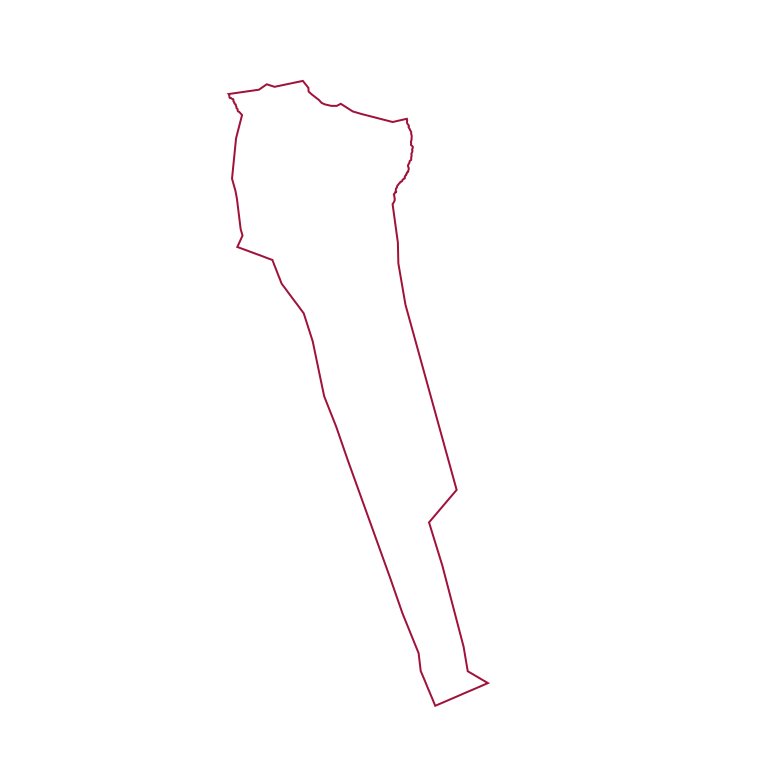 Cogt, Govi-Altay, Mongolia, rotated 343°
{"feature_id": "93677404B32157357652115", "entity_name": "Cogt", "entity_type": "district", "adm_level": 2, "iso_a3": "MNG", "parent_name": "Mongolia", "parent_adm1": "Govi-Altay", "projection": "orthographic", "projection_center": [96.826, 44.224], "detail": "fine", "context": "isolated", "style": "outline", "palette": "rose", "viewbox_px": 768, "rotation_deg": 343, "n_neighbors": 0, "source": "geoboundaries", "source_scale": "gbopen_adm2", "svg_char_len": 3633}
<svg xmlns="http://www.w3.org/2000/svg" viewBox="0 0 768 768"><g transform="rotate(343 384 384)"><path d="M335.2,669.2L335.2,669.3L336.1,677.7L336.7,684.0L337.1,688.5L337.4,690.9L337.6,693.1L338.2,699.1L338.9,706.7L339.0,706.7L344.6,706.1L345.7,706.0L352.7,705.2L361.9,704.2L370.4,703.2L379.0,702.3L395.9,700.4L380.1,683.2L383.3,658.6L386.5,579.3L386.7,575.7L386.6,529.5L422.5,506.5L427.7,314.5L433.0,272.8L438.6,252.9L444.8,214.5L445.5,214.1L446.1,213.4L446.7,212.8L447.6,211.9L448.1,211.1L448.2,210.3L448.5,209.8L448.5,209.2L448.6,208.6L448.8,207.2L448.8,206.6L448.8,206.1L448.8,205.6L449.1,205.3L449.5,205.0L450.0,204.9L450.3,204.5L450.6,204.0L451.0,204.1L451.6,204.1L451.9,203.6L451.7,202.9L451.9,202.2L452.2,201.5L452.4,200.9L452.8,200.5L453.5,200.1L453.8,199.8L453.9,199.6L454.0,199.4L454.3,198.9L454.5,198.5L455.1,198.0L455.5,197.9L455.9,197.6L456.3,197.2L456.7,197.0L457.4,196.5L457.8,196.3L458.3,196.1L458.6,195.7L458.9,195.5L459.3,195.4L459.7,195.4L460.0,195.5L460.4,195.4L460.8,195.2L461.0,194.8L461.2,194.4L461.7,194.0L462.4,193.8L462.8,193.5L463.1,193.5L463.5,193.6L463.9,193.4L464.2,193.0L464.4,192.6L464.4,192.0L464.7,191.5L465.2,191.2L465.5,191.0L465.8,190.9L466.1,190.8L466.2,190.3L466.4,190.0L466.6,189.8L467.1,189.7L467.3,189.6L467.5,189.0L467.6,188.6L468.1,188.3L469.0,188.2L469.3,187.8L469.3,187.4L469.8,186.8L470.2,186.2L470.6,185.6L470.7,184.7L470.8,184.1L470.7,183.6L470.6,182.9L470.7,182.3L471.2,181.6L471.6,181.1L472.0,180.6L472.6,180.4L472.9,179.9L473.2,179.2L473.5,178.7L473.9,178.2L474.7,177.9L475.4,177.7L475.8,176.9L476.0,176.2L476.1,175.8L476.3,175.4L476.3,175.0L476.4,174.9L476.7,174.6L476.9,174.2L477.2,173.7L477.3,173.2L477.3,172.4L477.7,171.6L478.4,170.9L478.9,170.2L479.4,169.4L479.3,168.2L479.8,167.4L480.3,167.1L480.6,166.3L480.9,165.8L480.8,165.3L480.7,165.1L480.5,164.6L480.3,164.2L479.9,163.8L479.8,163.4L479.7,163.1L479.9,162.5L480.3,162.0L480.4,161.4L480.5,160.7L480.6,160.2L481.0,159.6L481.3,159.2L481.9,158.3L481.9,157.6L482.4,156.8L482.5,156.3L483.1,154.7L483.1,154.2L483.1,153.4L483.1,152.7L483.3,152.2L483.6,151.3L483.7,150.9L483.6,150.4L483.2,148.8L483.2,148.0L483.0,147.4L482.8,146.5L482.6,145.8L482.6,145.5L482.8,145.3L482.9,145.0L483.3,144.5L483.3,144.0L482.9,143.2L482.6,142.2L482.4,141.4L482.5,140.1L482.9,139.5L483.2,138.7L483.1,138.0L483.6,137.4L483.9,137.2L484.2,137.1L468.9,136.0L441.4,119.2L433.8,114.2L424.6,103.4L420.2,104.2L414.9,102.6L409.2,99.3L406.5,96.9L404.9,93.5L399.7,86.1L397.4,82.3L398.3,78.7L395.0,70.4L366.2,67.8L359.5,63.1L350.5,66.0L320.3,61.3L320.5,61.7L320.6,62.0L320.3,62.5L320.4,63.2L320.2,63.9L320.1,64.4L320.1,65.1L320.4,65.6L320.9,65.7L321.1,65.7L321.3,65.8L321.5,66.3L322.0,66.8L322.5,67.2L323.0,67.5L323.1,68.1L323.0,68.7L322.7,69.2L322.7,69.7L322.8,70.0L323.0,70.4L323.2,70.7L323.2,70.9L323.2,71.1L323.0,71.6L323.0,71.9L323.1,72.1L323.3,72.6L323.6,73.0L323.9,73.3L323.9,73.6L323.7,74.3L323.8,74.9L323.9,75.4L323.9,75.8L323.8,76.2L323.6,76.7L323.6,77.0L324.0,77.8L324.3,78.3L324.2,79.1L324.0,79.8L324.0,80.2L324.2,80.7L324.7,81.1L325.1,81.5L325.4,82.1L326.1,83.6L326.6,84.7L326.9,85.3L314.4,105.7L298.7,143.2L298.4,156.0L297.5,163.9L292.2,194.0L292.1,200.7L283.8,210.1L300.5,222.8L302.7,224.4L305.9,226.9L309.1,229.4L312.4,231.9L313.5,232.7L313.7,234.6L313.9,238.5L314.1,240.5L314.4,244.5L314.5,246.1L314.9,251.5L315.0,251.7L315.0,251.9L315.2,254.7L315.3,256.8L315.5,258.2L315.9,259.5L316.9,262.1L318.1,265.5L319.2,268.7L320.5,272.3L321.7,275.7L323.1,279.5L324.5,283.3L327.9,293.0L328.3,322.4L324.9,359.3L323.2,378.3L325.8,410.8L327.1,446.6L333.2,571.5L334.6,608.5L338.4,651.6L335.2,669.2Z" fill="none" stroke="#9f1239" stroke-width="2"/></g></svg>